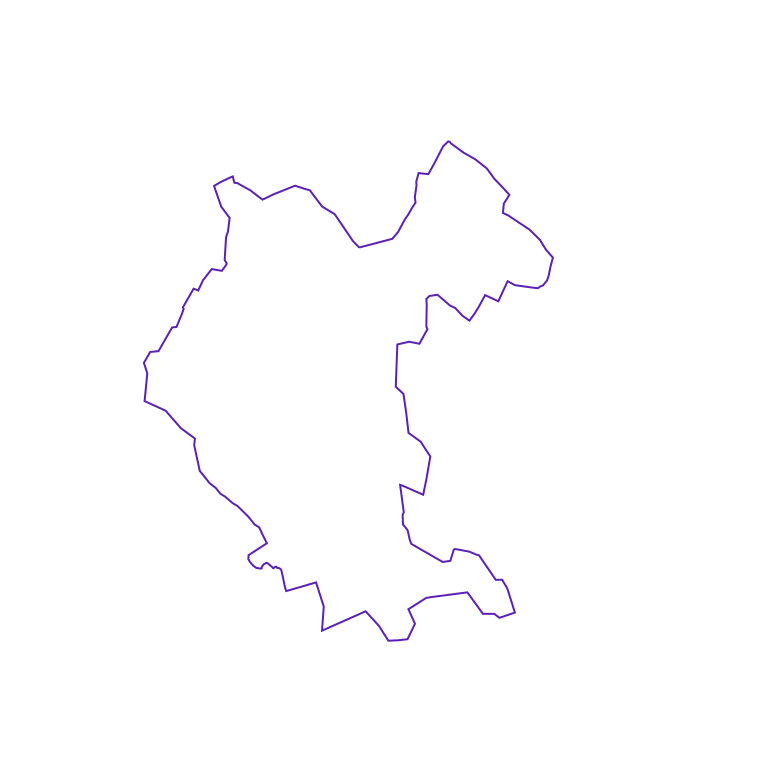 outline of Jama'Are, Bauchi, Nigeria, rotated 322°
{"feature_id": "59680162B54185205976265", "entity_name": "Jama'Are", "entity_type": "district", "adm_level": 2, "iso_a3": "NGA", "parent_name": "Nigeria", "parent_adm1": "Bauchi", "projection": "equal_earth", "projection_center": [9.925, 11.651], "detail": "fine", "context": "isolated", "style": "outline", "palette": "violet", "viewbox_px": 768, "rotation_deg": 322, "n_neighbors": 0, "source": "geoboundaries", "source_scale": "gbopen_adm2", "svg_char_len": 2722}
<svg xmlns="http://www.w3.org/2000/svg" viewBox="0 0 768 768"><g transform="rotate(322 384 384)"><path d="M599.2,312.2L598.5,301.9L597.3,290.5L597.7,277.4L594.2,263.0L589.2,250.9L584.9,235.8L584.9,233.6L583.9,232.4L576.9,233.1L566.0,238.1L558.9,241.4L548.1,245.9L541.1,239.1L533.8,244.6L531.9,247.5L523.5,255.6L523.2,255.9L520.6,260.4L513.9,262.7L509.9,264.4L507.4,265.4L501.9,267.1L488.7,272.9L479.9,274.7L449.2,261.5L448.4,260.7L447.5,252.1L447.7,249.5L449.5,222.9L449.7,219.8L444.5,206.1L444.8,185.7L441.3,180.9L436.0,173.0L413.3,166.4L401.9,164.0L401.4,162.5L400.6,159.7L397.9,149.1L392.0,135.2L390.0,133.3L392.6,127.3L391.3,126.9L379.2,124.2L372.0,123.3L364.9,144.1L364.6,158.1L354.9,167.8L349.9,171.1L334.8,188.2L334.3,192.0L333.2,192.9L325.9,195.0L319.0,187.4L314.5,188.5L306.6,190.5L305.9,190.5L295.2,195.9L292.6,191.7L272.7,199.8L272.4,201.4L268.3,204.1L255.6,211.3L251.8,209.0L226.5,219.3L219.5,214.8L207.8,219.5L204.0,229.9L184.8,250.1L195.5,270.7L195.5,270.8L196.7,293.7L201.4,310.6L196.8,315.3L185.3,339.1L185.4,342.0L185.5,354.6L186.0,356.7L187.4,362.2L187.5,369.7L189.4,374.8L191.4,384.8L193.4,389.8L195.4,405.0L195.5,415.1L197.4,420.1L195.6,427.7L193.7,437.4L171.9,435.5L169.3,438.5L168.8,441.7L169.1,446.8L170.2,450.4L173.6,453.9L174.3,453.8L175.2,452.8L176.4,452.5L178.3,452.0L179.1,452.2L180.0,452.3L181.2,452.6L181.8,453.0L182.0,453.8L182.6,456.8L182.9,458.2L183.1,458.8L183.2,459.9L183.2,460.6L183.5,461.2L183.9,461.2L184.3,461.0L184.6,461.0L185.1,461.1L185.4,461.2L185.9,461.2L186.5,461.6L186.7,461.9L186.6,462.5L186.6,463.1L188.1,464.7L188.6,466.6L188.2,468.2L184.9,475.0L184.5,475.8L180.7,483.5L179.5,487.0L208.3,498.5L199.5,522.3L183.3,540.2L229.6,551.8L231.1,571.3L229.4,589.0L237.1,594.5L245.4,599.6L260.8,592.0L264.6,576.5L285.5,578.5L290.2,581.1L321.4,599.5L320.5,626.0L329.4,633.1L331.0,639.3L346.4,644.7L355.2,621.3L356.6,611.0L351.5,607.1L353.4,577.5L351.8,575.4L347.9,568.5L338.4,557.7L337.0,557.5L327.4,564.2L320.7,560.4L307.2,527.2L307.1,526.7L308.3,522.8L312.6,513.7L312.5,506.3L318.2,498.5L320.6,497.3L334.6,473.4L336.0,475.5L346.7,495.4L358.7,485.2L375.9,469.6L376.4,462.7L377.4,452.0L373.2,437.7L379.2,427.8L383.2,421.3L393.2,403.9L391.6,393.4L418.8,361.1L419.0,361.1L429.9,366.2L436.7,374.1L452.0,367.5L452.6,365.0L462.1,353.2L466.0,348.5L469.7,343.1L473.9,342.6L481.1,346.6L484.3,362.8L486.9,368.0L487.8,378.4L490.3,386.7L499.1,384.2L503.2,382.6L505.6,381.8L518.4,376.2L525.0,389.2L544.7,379.1L548.0,386.7L560.7,399.8L564.3,403.3L567.0,403.3L569.9,404.2L576.2,402.8L580.5,400.0L587.1,394.3L594.9,388.4L594.3,378.5L594.9,372.2L595.6,366.7L594.6,358.4L593.7,351.9L590.4,342.0L585.7,327.7L583.0,322.5L589.5,315.6L599.2,312.2Z" fill="none" stroke="#5b21b6" stroke-width="2"/></g></svg>